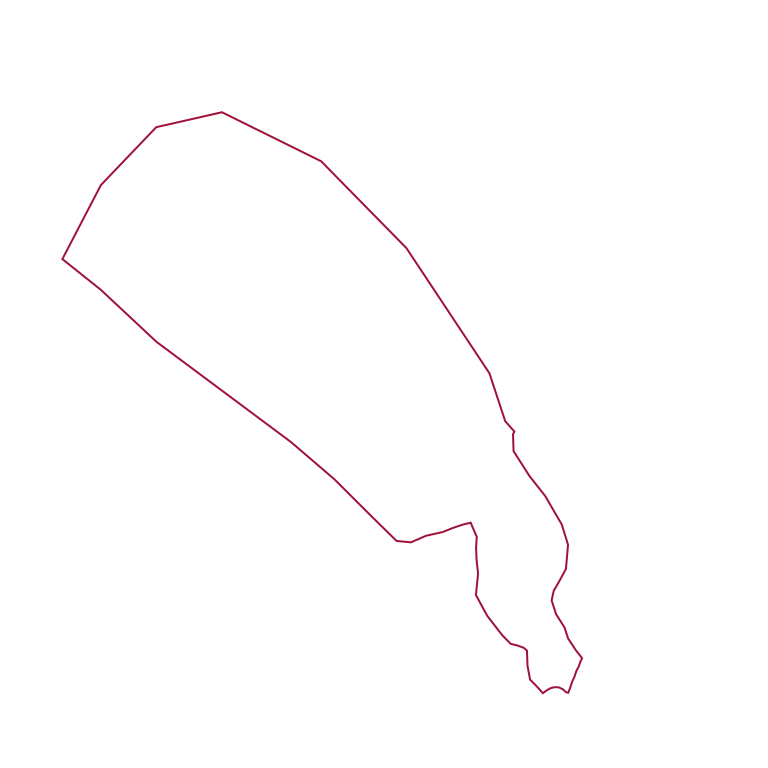 outline of Monchy/Cletus Village, Dauphin, Saint Lucia, rotated 222°
{"feature_id": "8701671B26752019642149", "entity_name": "Monchy/Cletus Village", "entity_type": "district", "adm_level": 2, "iso_a3": "LCA", "parent_name": "Saint Lucia", "parent_adm1": "Dauphin", "projection": "albers", "projection_center": [-60.928, 14.051], "detail": "fine", "context": "isolated", "style": "outline", "palette": "rose", "viewbox_px": 768, "rotation_deg": 222, "n_neighbors": 0, "source": "geoboundaries", "source_scale": "gbopen_adm2", "svg_char_len": 992}
<svg xmlns="http://www.w3.org/2000/svg" viewBox="0 0 768 768"><g transform="rotate(222 384 384)"><path d="M255.3,435.9L269.1,437.5L312.8,462.5L458.3,500.0L569.0,506.8L579.6,507.5L686.3,477.5L725.1,422.5L727.2,352.2L727.5,342.4L706.6,261.6L657.7,264.5L581.2,263.1L414.4,278.6L357.0,280.0L302.4,277.2L269.6,275.8L258.1,284.3L251.2,299.4L241.4,313.1L236.5,323.1L231.7,331.7L226.8,338.9L212.8,332.5L205.9,323.8L197.5,315.2L187.1,305.9L174.5,288.7L152.2,280.8L127.9,276.4L116.0,275.7L109.1,279.3L103.5,281.5L99.3,281.5L88.9,270.7L77.7,262.1L66.6,261.4L59.1,260.5L58.4,263.7L57.7,266.6L56.6,269.5L55.6,271.2L53.6,273.5L51.1,275.5L46.9,276.8L43.4,276.8L42.8,276.8L41.6,277.1L40.5,277.9L41.7,281.1L45.2,289.3L46.5,293.7L49.0,299.4L50.2,304.2L52.1,308.7L53.3,312.8L63.1,314.5L77.0,318.1L86.8,323.8L102.1,328.1L114.6,335.3L119.5,343.9L121.6,354.0L125.1,368.4L139.7,387.7L157.8,398.5L189.2,408.6L214.2,412.9L242.8,420.8L254.5,433.0L255.3,435.9Z" fill="none" stroke="#9f1239" stroke-width="2"/></g></svg>